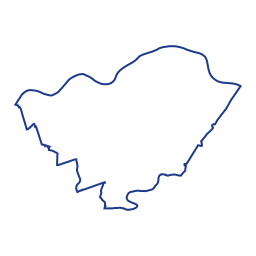 Vijfheerenlanden, Zuid-Holland, Netherlands (Robinson projection)
{"feature_id": "6326949B1292857189709", "entity_name": "Vijfheerenlanden", "entity_type": "district", "adm_level": 2, "iso_a3": "NLD", "parent_name": "Netherlands", "parent_adm1": "Zuid-Holland", "projection": "robinson", "projection_center": [5.057, 51.93], "detail": "fine", "context": "isolated", "style": "outline", "palette": "blue", "viewbox_px": 256, "rotation_deg": 0, "n_neighbors": 0, "source": "geoboundaries", "source_scale": "gbopen_adm2", "svg_char_len": 5625}
<svg xmlns="http://www.w3.org/2000/svg" viewBox="0 0 256 256"><path d="M240.6,86.1L239.9,85.7L237.6,84.7L236.4,84.3L235.2,84.0L234.0,83.7L230.9,83.3L223.5,82.7L222.3,82.6L220.0,82.0L218.3,81.5L217.5,81.1L216.4,80.5L214.5,79.2L213.6,78.5L212.7,77.8L211.8,76.6L211.1,75.6L210.2,74.1L209.9,73.5L209.6,72.9L208.8,70.3L208.5,69.1L208.1,67.4L207.8,65.4L207.0,61.3L206.8,60.7L206.4,59.3L205.9,58.3L205.7,57.8L205.1,56.9L204.7,56.4L203.9,55.8L202.1,54.4L199.5,53.3L198.2,52.9L197.0,52.6L194.5,52.1L187.1,49.8L184.0,48.4L180.8,47.4L178.8,46.9L175.6,46.3L172.3,46.2L169.6,46.2L164.0,47.0L162.2,47.4L160.4,47.9L159.0,48.4L158.2,48.8L157.8,49.2L157.3,49.5L156.2,50.0L153.4,51.1L152.5,51.5L150.4,52.2L148.6,52.7L142.9,54.6L139.6,56.2L135.5,60.3L133.4,61.8L130.9,63.3L128.0,64.9L125.4,66.4L123.1,68.0L120.7,69.8L118.8,71.6L117.2,73.7L116.2,75.7L115.2,78.6L114.3,80.2L112.8,81.8L111.0,83.1L109.9,83.6L109.2,83.8L107.1,84.2L104.9,84.2L102.7,84.1L100.6,83.6L96.5,81.7L95.0,80.9L92.0,78.5L89.7,77.0L87.5,76.0L83.4,74.1L82.7,74.0L82.1,74.1L79.1,74.4L76.3,75.5L73.5,76.7L71.5,77.9L70.2,78.8L68.3,80.4L65.1,84.3L64.1,85.4L61.3,88.7L60.4,89.6L60.0,89.9L59.6,90.6L59.0,91.3L57.7,92.3L56.4,93.2L52.5,95.2L51.3,95.5L50.0,95.4L48.7,95.1L47.4,94.8L44.3,93.9L43.5,93.7L40.0,92.0L38.4,91.4L36.8,90.9L35.2,90.6L32.0,90.2L30.5,90.1L28.9,90.2L27.4,90.6L26.0,91.3L24.9,92.0L23.7,92.9L22.7,93.8L21.8,94.8L21.0,96.0L19.9,97.8L18.7,99.5L15.4,104.7L18.2,105.5L18.3,106.3L18.6,107.1L18.8,107.3L19.3,106.9L19.5,107.0L19.9,107.3L20.5,108.5L21.0,109.5L21.2,110.2L21.7,112.0L22.2,113.9L22.4,114.6L26.8,129.4L27.5,129.3L27.8,129.1L28.2,128.9L28.6,128.5L29.5,128.0L30.3,127.1L31.0,126.6L31.8,125.8L32.1,125.5L32.5,124.8L32.8,124.5L33.1,124.4L34.3,124.0L35.1,126.8L35.9,126.4L36.0,126.5L37.3,130.5L37.8,131.8L39.9,138.6L41.8,144.4L42.0,144.4L42.4,144.6L44.0,144.7L44.3,145.1L45.0,146.1L45.6,145.3L45.8,145.4L48.0,146.2L49.1,146.5L49.5,146.7L48.1,147.5L48.9,148.1L49.0,148.4L48.9,150.0L50.9,150.4L51.5,150.5L52.1,150.6L52.4,150.7L55.9,152.5L57.0,153.0L57.4,153.3L57.5,153.5L57.4,155.2L57.2,160.7L57.1,165.0L57.3,165.0L57.6,165.1L58.0,165.2L58.4,165.0L70.3,161.0L74.0,159.7L74.8,159.5L75.7,159.3L76.3,159.3L76.5,161.1L76.6,161.3L77.0,163.2L77.4,165.6L77.5,166.5L77.5,167.0L77.3,167.8L77.1,168.6L77.0,169.3L77.0,169.8L77.1,171.0L77.5,172.3L77.8,173.0L78.2,173.9L78.4,174.8L79.9,178.5L80.2,179.2L80.2,179.6L80.1,180.7L80.0,181.2L79.7,181.8L79.4,182.3L79.2,182.6L77.9,184.0L77.3,184.7L77.0,185.1L76.7,185.8L76.5,186.5L76.3,187.1L76.2,188.0L76.3,188.6L76.3,189.2L76.4,189.6L76.6,190.2L77.4,192.1L77.7,192.0L77.8,191.9L77.7,191.8L77.9,191.6L78.9,191.3L81.8,190.0L81.8,190.3L101.6,183.3L104.7,182.2L104.9,182.7L104.4,182.8L103.9,183.0L103.5,183.4L103.3,183.7L103.0,184.9L102.7,185.8L102.7,186.0L102.5,186.4L102.4,186.7L102.0,187.5L101.8,188.0L101.7,188.3L101.5,188.8L101.4,189.1L101.3,189.7L101.1,190.4L101.0,190.8L101.1,191.6L101.2,191.8L101.3,192.1L101.3,193.4L101.1,193.9L101.0,194.0L100.9,194.3L100.8,194.6L100.6,195.1L100.4,195.8L100.3,196.2L100.1,196.6L100.0,196.8L100.0,197.0L100.3,197.5L101.2,198.3L101.5,198.7L101.7,199.0L101.8,199.5L102.0,199.7L102.5,200.2L103.1,200.6L103.4,200.9L103.9,201.3L104.2,201.6L104.7,202.1L105.0,202.7L105.1,202.8L105.1,203.1L105.0,204.4L104.9,206.0L105.1,206.0L105.0,206.5L104.8,206.6L105.1,206.6L104.9,206.9L105.1,207.0L104.6,208.4L109.2,208.4L112.7,208.3L114.2,208.1L114.8,208.0L117.4,208.0L119.6,207.7L120.6,207.8L123.4,208.3L123.4,208.5L124.1,208.6L124.8,208.8L125.2,209.0L125.7,209.3L126.2,209.6L126.7,209.7L127.0,209.7L127.5,209.7L127.8,209.8L128.2,209.8L132.4,209.2L133.3,208.9L134.6,208.4L135.3,208.0L136.1,207.6L136.5,207.2L137.0,206.6L137.2,206.2L137.3,205.9L137.2,205.4L136.9,205.0L136.7,204.8L136.2,204.4L134.8,203.7L131.9,202.6L130.6,202.0L128.8,201.1L128.1,200.6L127.8,200.3L127.4,199.9L127.1,199.4L126.9,198.9L126.8,198.4L126.7,198.0L126.7,197.6L126.8,196.7L127.2,195.6L127.8,194.4L127.9,194.1L128.3,193.5L128.8,193.0L129.9,192.2L130.4,192.0L133.1,191.5L135.6,190.9L137.0,190.7L137.9,190.7L138.7,190.7L140.4,191.0L141.6,191.1L143.1,191.0L143.7,191.0L145.2,191.1L146.1,191.1L147.8,190.6L148.1,190.5L151.3,189.7L152.2,189.4L152.5,189.3L152.8,189.0L154.3,187.5L154.6,187.0L155.0,186.2L155.2,185.9L156.8,184.3L157.1,184.0L157.4,183.5L157.7,183.0L157.9,182.5L158.1,181.9L158.3,180.9L158.4,180.3L158.4,178.8L158.5,178.2L158.7,177.2L159.0,176.4L159.2,175.9L159.5,175.6L159.8,175.3L160.8,174.7L161.3,174.5L161.2,174.4L161.5,174.3L162.8,174.2L164.9,174.6L165.8,174.8L166.3,175.1L166.5,175.2L166.4,175.3L167.4,175.6L168.2,175.6L168.5,175.5L169.4,175.2L170.1,175.0L171.6,174.8L172.3,174.7L174.6,174.5L176.2,174.8L176.7,175.0L177.3,175.2L180.8,175.7L182.0,174.2L182.9,173.0L183.4,172.4L184.4,171.6L184.7,171.2L185.0,170.8L185.2,170.3L185.3,169.4L185.4,168.7L185.9,166.0L185.8,165.9L184.7,165.5L184.6,165.4L184.5,165.2L184.4,164.9L184.5,164.3L184.5,164.1L184.9,163.9L186.4,163.9L186.7,163.5L188.3,161.1L196.6,147.7L198.1,145.2L198.8,145.4L201.2,146.0L201.2,145.9L201.6,145.8L201.8,145.6L202.0,145.3L201.6,142.9L201.6,142.0L201.4,141.9L201.2,141.6L201.1,141.4L205.2,136.4L206.1,135.2L206.4,134.8L206.9,134.1L207.6,133.4L209.0,132.2L209.5,131.7L211.2,130.0L212.4,128.9L212.5,128.8L212.9,127.8L213.0,127.6L212.6,127.1L212.4,126.7L212.1,126.2L212.0,125.9L212.1,125.6L212.3,125.1L212.8,124.6L213.3,124.3L213.5,124.2L214.2,124.4L214.5,124.5L214.8,124.4L215.1,124.2L216.5,121.7L217.4,120.0L217.9,119.4L219.1,117.8L219.7,117.0L220.5,116.0L221.6,114.4L222.9,112.9L225.0,110.1L225.2,109.8L225.4,109.6L225.6,109.5L225.8,109.3L227.8,105.8L230.5,100.9L231.3,99.6L234.2,95.5L239.6,87.6L240.6,86.1Z" fill="none" stroke="#1e3a8a" stroke-width="2"/></svg>